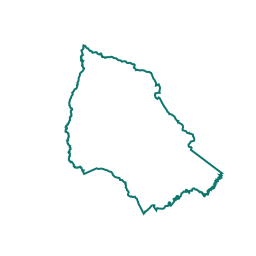 Astrea, Cesar, Colombia (Mercator projection), rotated 66°
{"feature_id": "7082276B48671387332315", "entity_name": "Astrea", "entity_type": "district", "adm_level": 2, "iso_a3": "COL", "parent_name": "Colombia", "parent_adm1": "Cesar", "projection": "mercator", "projection_center": [-73.95, 9.507], "detail": "fine", "context": "isolated", "style": "outline", "palette": "teal", "viewbox_px": 256, "rotation_deg": 66, "n_neighbors": 0, "source": "geoboundaries", "source_scale": "gbopen_adm2", "svg_char_len": 5814}
<svg xmlns="http://www.w3.org/2000/svg" viewBox="0 0 256 256"><g transform="rotate(66 128 128)"><path d="M216.4,120.4L213.6,115.2L211.9,115.4L211.4,115.2L211.4,114.4L212.7,114.1L213.1,113.8L213.2,113.5L212.8,113.0L211.7,112.8L210.9,112.3L210.1,111.2L210.2,110.4L210.4,110.1L210.8,110.1L211.1,111.0L211.5,111.4L213.1,111.1L213.3,110.3L212.9,109.7L211.9,108.9L211.9,107.9L211.6,107.4L209.5,105.7L209.4,104.4L208.7,103.0L209.5,102.0L209.5,101.5L209.3,101.0L208.3,100.5L208.2,99.8L208.8,99.4L210.2,100.1L210.2,98.8L212.1,98.5L211.9,98.2L211.1,98.2L210.5,97.8L210.5,96.6L211.0,96.0L211.3,95.1L211.2,94.8L210.0,94.2L209.8,93.0L210.0,92.3L211.5,91.6L212.0,91.0L212.1,90.3L212.7,90.2L213.8,89.3L214.2,89.3L215.6,88.7L215.4,88.1L216.4,87.5L216.5,87.1L216.9,87.1L217.0,86.7L218.1,86.7L218.8,86.2L219.2,86.6L219.8,86.2L221.0,86.4L221.3,86.2L221.5,85.8L221.0,85.4L220.8,84.7L219.9,84.8L220.5,84.3L220.0,83.7L220.2,82.6L221.1,82.5L221.3,81.9L219.8,80.9L219.0,81.1L219.1,80.4L217.9,80.5L217.9,80.2L218.7,79.7L218.2,78.9L217.5,79.9L217.3,79.7L217.1,78.4L218.0,77.7L217.2,77.5L216.8,76.6L217.7,76.8L217.9,75.6L216.9,75.5L216.5,74.9L217.5,74.9L217.9,74.6L217.9,73.6L217.6,73.4L216.8,73.6L216.5,73.4L217.6,72.4L216.5,72.9L216.4,72.3L215.4,72.1L215.4,71.3L214.3,72.0L214.2,71.2L213.4,71.0L213.4,70.3L213.9,69.8L214.0,69.3L213.7,69.1L213.1,69.6L211.8,69.8L211.7,69.4L212.5,68.7L211.3,68.2L212.6,67.2L211.7,66.9L211.7,65.7L211.1,66.4L210.9,65.7L210.2,65.8L209.9,65.3L210.2,64.5L211.1,63.8L211.2,63.3L210.5,63.7L209.7,63.7L210.1,62.4L209.8,62.0L209.3,62.9L208.5,63.2L208.8,62.8L208.2,62.4L207.9,61.2L207.0,61.4L206.4,61.9L206.8,61.0L173.6,79.4L171.8,77.9L171.2,78.1L170.3,79.5L169.6,80.1L167.7,79.4L167.1,77.6L165.9,76.2L166.4,74.1L166.5,73.0L166.3,72.6L164.9,71.9L163.2,71.7L161.9,72.0L160.6,71.4L158.8,72.8L158.6,73.7L158.0,74.2L157.4,74.1L157.4,74.6L156.7,75.8L154.5,76.4L152.2,79.0L150.7,78.3L149.4,77.2L147.6,77.0L146.0,77.6L144.9,78.7L143.7,79.5L143.4,80.1L142.1,79.2L141.5,80.2L138.8,80.9L137.2,80.8L136.3,81.0L133.5,82.6L132.5,83.7L132.2,84.6L130.5,84.6L129.0,85.4L127.5,85.3L123.6,86.1L119.5,86.6L113.8,86.9L112.6,87.5L113.4,89.3L111.4,90.4L108.7,90.0L107.4,88.8L107.9,87.7L107.9,86.6L108.8,84.8L107.2,84.4L104.6,82.5L103.9,82.3L100.6,82.2L100.8,84.0L100.6,85.3L98.7,84.1L94.9,84.2L93.1,84.7L87.1,84.4L86.7,85.1L85.3,85.8L84.8,87.4L83.5,88.9L82.4,89.5L81.2,91.1L80.6,92.3L80.4,93.6L78.8,95.5L78.4,97.2L76.8,97.1L75.6,98.0L75.1,98.1L73.7,96.5L73.1,96.2L72.1,96.6L71.7,97.9L70.9,98.5L70.2,98.6L69.9,99.3L69.1,99.8L68.8,101.3L68.0,102.5L67.5,102.8L66.3,102.9L65.3,104.6L64.9,106.6L63.3,107.2L62.4,108.8L61.3,109.8L60.1,110.1L59.3,110.9L58.2,112.7L57.1,113.1L55.9,114.7L55.9,116.0L55.1,117.4L54.3,119.8L54.7,119.9L54.7,120.3L53.2,121.4L52.8,122.6L52.0,122.8L51.3,122.2L50.3,122.7L49.3,122.3L48.9,122.4L48.7,123.0L49.2,123.9L49.1,124.4L47.8,125.6L46.0,125.9L45.3,127.7L45.2,128.7L44.7,129.2L44.7,129.8L43.4,129.9L43.1,130.4L42.4,130.5L42.0,131.5L38.9,132.2L38.6,132.9L38.0,133.3L35.4,133.8L35.3,134.5L34.5,135.1L35.6,135.9L36.8,136.0L37.8,137.3L38.1,139.0L42.9,139.5L42.8,140.7L43.2,140.8L43.4,141.5L43.8,141.5L43.7,142.0L44.0,142.2L44.5,142.1L45.4,142.7L45.7,142.4L46.7,143.1L46.7,142.7L47.3,142.8L47.1,142.6L47.3,142.2L48.0,142.4L48.2,142.1L48.4,142.6L48.8,142.1L49.4,143.0L50.3,143.3L52.1,144.6L52.4,144.6L52.5,144.0L53.2,144.3L54.8,144.4L55.3,143.9L56.0,144.0L57.6,146.4L58.2,148.7L58.9,149.9L60.2,150.5L62.6,153.0L63.6,153.3L65.0,154.3L66.2,155.9L67.8,156.1L68.1,157.2L69.4,157.5L70.3,158.3L71.0,159.3L71.0,161.1L72.2,162.4L72.4,163.2L72.8,163.5L73.1,164.7L74.6,164.7L75.4,165.6L75.9,166.8L77.6,168.1L77.9,168.9L79.1,169.9L79.9,170.3L80.6,171.2L82.0,171.8L83.1,171.9L83.4,172.4L84.8,172.1L86.2,172.4L87.2,171.4L88.1,171.3L88.6,171.6L88.6,172.4L89.2,173.4L90.0,173.5L90.7,174.0L91.9,173.8L92.7,174.5L93.8,174.6L94.2,175.1L94.0,175.7L94.6,176.4L94.6,176.8L95.8,177.0L96.9,178.0L97.5,178.0L97.7,178.6L99.3,180.2L99.3,180.6L100.3,181.2L100.4,181.6L100.1,182.0L100.8,182.6L101.0,183.9L101.6,184.5L102.0,184.0L103.4,183.8L103.7,184.1L103.5,184.6L103.9,184.8L103.8,185.3L106.0,186.6L106.4,186.2L106.5,185.7L107.0,185.6L107.6,185.1L108.4,185.1L108.7,184.7L109.2,184.7L109.8,185.2L110.7,185.1L111.4,185.5L111.9,185.5L112.0,186.1L112.8,186.5L113.1,187.1L114.1,187.2L114.7,187.6L114.6,188.8L116.4,188.9L117.0,189.4L118.1,189.1L118.8,189.3L119.0,189.0L120.4,188.7L120.8,188.2L122.1,189.1L122.4,188.6L123.8,188.9L124.3,190.2L125.8,191.0L125.5,191.7L126.1,192.2L126.4,191.9L127.0,192.1L127.6,191.5L128.0,191.8L129.1,192.0L129.6,192.7L130.0,192.6L130.3,193.4L131.1,193.7L131.4,194.3L132.3,194.4L132.8,194.9L133.4,195.0L134.0,194.7L134.7,194.9L135.2,194.4L135.8,193.4L136.2,193.8L136.5,193.2L137.7,192.7L139.8,192.4L140.5,193.0L140.9,192.6L141.6,192.9L142.4,192.5L142.3,192.0L143.3,191.4L143.4,190.3L144.0,189.8L143.8,187.8L144.1,187.1L145.0,187.2L145.3,186.8L145.6,187.0L147.2,186.8L148.3,187.1L148.7,185.8L150.2,186.9L152.1,186.8L152.1,173.0L153.5,171.6L153.9,169.6L155.2,167.4L156.1,166.7L158.2,164.2L159.6,163.3L161.6,161.0L163.3,160.7L164.8,160.9L167.4,159.8L169.3,157.7L169.5,157.0L170.1,156.7L170.3,156.2L171.1,156.1L172.2,156.4L173.3,154.4L174.4,154.2L176.2,153.4L176.7,152.4L177.5,152.6L178.0,153.3L179.5,153.1L181.3,154.3L182.5,153.9L184.5,154.2L185.6,153.6L187.0,153.5L188.5,155.0L189.4,155.2L190.7,154.5L191.4,153.7L192.1,153.3L192.0,152.6L193.0,151.7L193.6,149.6L195.2,149.5L196.1,148.7L198.8,148.9L199.6,148.7L200.5,149.2L212.6,148.5L212.2,147.9L212.1,147.0L211.3,146.5L211.4,145.8L211.0,143.8L209.6,139.9L208.6,138.4L208.6,137.6L208.9,136.0L209.3,135.4L209.8,135.5L210.7,136.5L214.7,135.6L213.3,134.5L213.1,133.9L214.3,132.3L216.0,128.9L215.8,127.3L214.6,125.8L214.5,125.3L215.5,123.3L215.2,122.7L213.0,121.3L212.6,120.5L213.3,119.9L215.6,120.9L216.2,120.9L216.4,120.4Z" fill="none" stroke="#0f766e" stroke-width="2"/></g></svg>